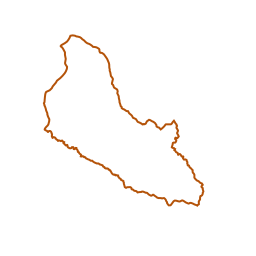 outline of San Joaquín, Santander, Colombia, rotated 122°
{"feature_id": "7082276B31143382537536", "entity_name": "San Joaquín", "entity_type": "district", "adm_level": 2, "iso_a3": "COL", "parent_name": "Colombia", "parent_adm1": "Santander", "projection": "orthographic", "projection_center": [-72.849, 6.47], "detail": "fine", "context": "isolated", "style": "outline", "palette": "amber", "viewbox_px": 256, "rotation_deg": 122, "n_neighbors": 0, "source": "geoboundaries", "source_scale": "gbopen_adm2", "svg_char_len": 5888}
<svg xmlns="http://www.w3.org/2000/svg" viewBox="0 0 256 256"><g transform="rotate(122 128 128)"><path d="M80.3,225.7L82.9,225.3L84.9,225.3L87.0,225.5L89.5,226.5L93.0,228.4L94.2,228.5L94.5,227.9L94.5,226.8L95.2,225.1L97.2,221.6L99.4,220.2L102.4,217.4L106.3,215.8L107.1,214.9L108.4,212.1L110.2,211.2L113.0,210.7L115.2,210.7L118.6,211.2L121.6,211.9L125.5,213.3L127.8,213.2L132.6,213.9L134.6,213.7L137.5,214.4L140.7,216.5L142.0,216.4L143.3,216.0L145.9,214.8L150.4,212.5L151.5,212.5L152.7,211.1L153.3,210.7L153.5,210.1L155.2,208.0L156.6,206.6L158.2,204.3L159.5,203.4L159.8,202.8L160.4,202.3L161.0,201.4L162.2,199.5L162.7,199.1L164.1,198.4L167.3,197.4L168.7,197.5L170.3,197.9L171.9,198.1L172.8,198.1L173.5,197.8L173.6,197.1L173.4,195.0L173.8,194.0L173.7,193.7L172.5,193.4L172.1,193.0L171.9,192.6L171.8,192.1L172.0,191.2L172.5,190.4L173.3,189.7L173.4,189.2L174.2,188.7L175.1,188.4L175.5,188.1L176.3,186.8L175.9,186.5L175.3,186.4L175.1,186.2L174.8,184.9L174.8,184.4L175.4,183.8L175.4,183.1L175.7,182.4L175.5,181.6L176.0,180.5L175.8,180.3L175.2,180.1L174.9,179.4L174.7,178.0L174.4,177.7L173.6,177.3L173.6,177.1L174.0,175.7L173.8,174.6L174.1,174.5L174.9,174.8L175.1,174.6L175.2,173.4L175.6,172.2L175.7,171.4L175.5,171.2L174.7,170.8L174.6,170.6L174.7,170.3L175.2,169.8L175.8,169.4L176.2,168.5L176.1,167.8L176.2,167.1L175.7,166.0L175.0,165.4L174.0,165.4L173.3,164.4L173.4,164.0L174.5,163.1L174.6,162.8L174.4,162.3L173.8,161.9L173.5,161.8L173.1,162.0L172.7,161.9L172.3,161.2L173.0,160.6L173.6,158.9L173.9,158.5L174.7,158.0L174.8,157.8L174.6,157.0L174.6,156.8L175.1,156.2L175.4,155.5L175.5,153.8L175.7,153.4L177.1,153.0L177.0,152.6L176.5,151.9L176.1,151.7L175.8,151.1L175.7,150.6L176.0,150.0L176.0,149.7L175.6,149.4L175.5,148.6L176.0,147.5L175.8,146.2L175.7,145.0L175.4,144.0L175.5,142.4L175.4,142.0L174.7,141.0L175.0,139.5L175.0,138.2L174.6,135.6L174.4,135.2L173.9,134.7L173.7,133.9L173.9,132.6L173.5,131.9L173.5,131.0L173.1,129.9L173.4,129.3L173.8,128.8L173.9,128.5L173.7,127.7L173.7,127.2L174.1,126.8L174.2,126.4L174.0,125.0L173.4,124.5L173.1,123.5L173.1,123.0L173.2,122.8L173.5,122.6L173.6,122.3L173.3,121.6L173.3,121.4L173.6,121.0L173.4,120.5L175.0,117.6L175.3,116.2L175.1,115.2L174.7,114.9L174.6,114.7L174.8,114.2L174.8,113.6L174.2,113.4L174.1,112.3L173.6,111.6L173.5,111.2L174.0,110.9L174.3,110.7L174.5,110.4L174.6,109.7L175.2,108.6L175.0,107.5L175.1,107.1L175.6,106.6L175.7,106.2L175.4,104.4L175.5,103.7L176.0,103.5L176.6,102.5L177.5,102.0L178.2,101.1L179.8,99.4L179.8,98.0L179.6,97.8L178.9,97.5L178.6,97.2L177.0,94.9L176.9,94.1L177.0,93.5L177.2,93.2L177.9,92.6L178.0,92.3L177.6,91.2L177.9,89.4L177.2,87.8L177.2,86.9L177.6,85.8L176.5,84.6L175.2,82.8L174.7,82.6L174.4,82.3L173.9,81.3L173.5,78.7L173.1,78.0L172.9,77.4L173.4,75.1L173.3,73.3L173.2,72.6L173.0,72.3L172.6,72.0L171.5,71.6L171.1,70.9L171.3,70.3L171.4,67.5L171.6,66.6L171.4,65.9L171.4,65.3L170.5,63.8L169.9,62.7L169.7,61.8L168.8,61.0L168.3,60.2L168.5,59.0L168.9,57.9L169.7,56.9L170.3,55.5L170.7,55.3L171.1,54.9L171.8,53.1L172.0,52.5L171.3,51.3L170.7,50.9L169.8,50.8L166.0,50.5L164.9,50.0L164.4,49.3L164.0,48.3L163.7,47.1L163.2,45.6L162.7,45.0L160.8,43.8L160.5,43.2L160.4,41.6L160.5,39.5L160.1,36.9L159.9,36.4L158.9,35.9L158.3,35.2L158.0,34.4L157.7,32.8L157.6,31.1L157.1,28.9L157.1,28.2L156.5,28.2L155.7,27.7L155.1,27.5L152.9,29.0L151.6,29.1L150.7,29.0L150.3,29.1L148.8,30.0L147.5,30.5L147.2,30.4L146.7,29.9L145.8,29.6L145.1,29.6L144.1,29.8L143.3,30.3L142.0,30.4L141.7,30.6L141.3,31.1L140.2,32.3L139.4,32.7L139.2,34.0L138.9,34.6L138.3,34.8L137.1,34.5L136.7,34.5L136.4,34.7L136.4,35.4L135.9,35.9L136.2,37.7L136.1,38.3L135.7,39.9L136.0,41.9L135.3,44.7L134.8,45.5L132.8,46.7L132.4,47.0L131.8,48.1L131.5,49.3L131.3,49.6L130.6,50.2L129.5,50.8L129.3,51.9L128.9,52.9L128.7,54.5L128.6,55.0L127.9,55.9L127.6,56.4L128.0,57.4L127.8,57.8L127.4,57.9L127.2,58.2L126.7,59.0L125.5,59.5L124.9,60.7L124.2,61.2L124.1,61.5L124.1,61.8L124.2,62.6L125.1,63.7L125.0,64.1L124.6,65.2L124.2,65.5L123.3,65.7L123.0,65.9L122.9,66.1L123.1,66.5L123.7,67.3L123.6,67.7L123.1,68.5L122.8,69.2L122.6,70.0L122.7,70.4L123.2,70.9L124.0,71.1L124.1,71.3L123.6,71.9L123.3,72.1L122.8,72.8L123.0,74.4L122.4,75.5L122.2,76.9L121.3,76.8L120.9,76.9L121.1,77.8L120.8,78.1L120.7,78.3L121.1,79.2L121.2,80.4L121.1,80.7L119.0,81.2L118.1,81.5L117.3,81.9L116.9,82.0L116.7,81.9L116.3,81.7L115.4,80.3L114.8,80.1L113.2,80.3L112.7,80.7L112.3,82.3L111.5,82.6L111.2,82.6L110.9,82.4L110.8,81.6L110.4,80.8L110.0,80.7L108.3,80.5L107.6,81.4L106.8,83.0L106.3,83.7L104.3,84.0L103.6,84.3L103.4,84.6L103.1,85.4L102.7,85.8L102.2,87.0L101.4,87.4L100.3,87.5L100.1,87.7L100.0,88.2L99.3,88.7L98.9,90.2L98.4,91.0L97.5,92.9L99.2,93.2L101.1,93.2L102.0,93.5L102.4,93.9L104.8,97.8L105.3,98.0L106.9,98.1L108.4,98.4L110.6,99.0L111.9,99.5L111.2,101.7L111.6,103.3L111.6,104.5L111.2,105.0L110.5,105.4L109.5,107.6L109.3,109.8L109.5,110.6L109.6,113.5L109.9,114.5L112.4,115.5L114.5,115.3L114.9,115.3L116.0,115.9L116.2,116.7L116.4,116.9L117.1,117.2L117.3,117.6L117.1,118.0L117.2,118.7L117.1,119.5L117.3,120.0L117.2,121.0L117.5,122.0L117.6,123.1L116.3,125.9L116.3,126.3L116.4,127.1L116.4,127.8L116.7,128.7L116.6,129.3L115.7,130.8L115.3,131.9L114.9,134.8L113.7,136.9L114.4,138.2L114.4,138.8L114.3,140.3L114.3,141.3L114.5,142.0L114.5,143.8L113.5,144.6L113.3,145.8L112.2,146.9L110.6,148.9L109.5,149.6L107.5,151.6L105.9,152.8L104.2,155.5L102.3,156.2L101.2,157.5L101.1,157.8L101.1,161.1L100.8,161.7L99.5,163.3L99.3,163.8L99.2,164.8L98.8,165.2L98.4,165.4L94.5,166.7L93.7,168.0L93.0,170.0L90.3,172.4L89.1,173.9L87.9,174.6L86.9,175.7L84.1,177.6L83.0,178.7L80.6,182.1L80.1,183.1L78.3,187.4L78.1,189.5L78.3,190.3L78.8,191.2L78.8,191.8L78.0,192.9L76.6,193.9L76.3,194.4L76.2,195.1L76.3,197.4L76.9,199.1L77.7,200.6L77.3,202.4L77.2,204.3L77.3,205.7L77.7,207.3L77.6,209.3L77.0,211.7L76.9,213.9L76.5,215.4L76.5,217.1L77.2,219.3L77.7,220.3L77.8,221.7L78.3,223.0L78.9,224.2L80.3,225.7Z" fill="none" stroke="#b45309" stroke-width="2"/></g></svg>